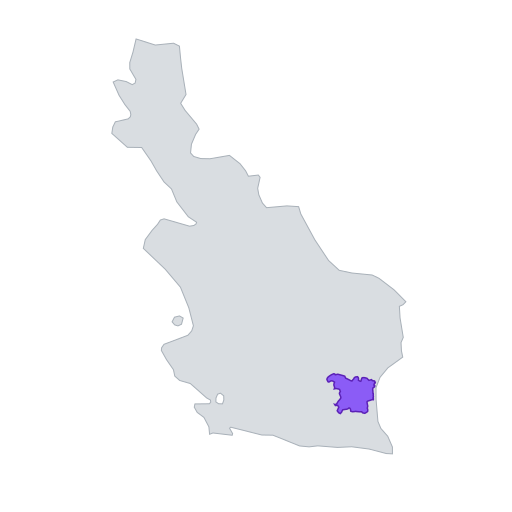 Akhuryan, Shirak, Armenia (highlighted), rotated 195°
{"feature_id": "60910142B23641849516282", "entity_name": "Akhuryan", "entity_type": "district", "adm_level": 2, "iso_a3": "ARM", "parent_name": "Armenia", "parent_adm1": "Shirak", "projection": "mercator", "projection_center": [43.836, 40.81], "detail": "fine", "context": "in_parent", "style": "filled", "palette": "violet", "viewbox_px": 512, "rotation_deg": 195, "n_neighbors": 0, "source": "geoboundaries", "source_scale": "gbopen_adm2", "svg_char_len": 4534}
<svg xmlns="http://www.w3.org/2000/svg" viewBox="0 0 512 512"><g transform="rotate(195 256 256)"><path d="M227.6,314.7L223.6,308.2L203.4,286.9L184.7,270.4L171.9,263.7L158.9,264.4L138.9,267.7L131.5,266.3L114.0,259.1L99.4,250.6L101.4,247.0L104.5,244.5L100.8,233.4L92.7,215.5L93.5,209.9L91.0,202.1L88.1,196.3L99.6,182.2L104.8,170.9L106.0,159.9L102.9,148.5L95.4,127.7L90.7,121.7L82.1,116.0L74.8,106.8L73.0,100.2L79.1,98.9L96.9,98.8L114.2,96.5L127.7,92.2L147.2,88.6L155.3,85.4L164.7,83.8L193.3,87.3L204.0,84.6L236.1,84.1L237.0,82.8L232.6,78.4L232.6,76.7L251.8,73.9L254.7,71.8L257.3,78.8L264.5,86.6L272.3,89.7L276.5,94.0L276.7,97.3L262.8,101.2L261.9,103.2L262.8,105.1L266.9,106.1L286.4,115.8L297.5,116.0L303.4,119.0L306.3,124.8L315.6,132.7L323.0,140.3L323.4,143.0L322.0,146.9L301.3,161.8L298.7,167.0L298.4,172.4L307.5,188.6L320.9,206.3L340.2,219.7L366.8,234.2L367.2,243.2L363.0,253.9L359.3,261.1L357.7,266.0L354.4,268.1L327.9,267.6L323.9,269.4L322.2,271.5L322.1,273.2L331.6,276.4L346.5,287.8L355.0,298.9L364.0,303.7L374.0,312.5L382.0,320.6L394.5,331.2L408.4,327.7L427.0,337.1L427.7,343.5L426.6,349.2L414.9,355.4L413.4,358.0L413.5,360.2L415.0,363.2L421.8,368.3L429.9,375.8L439.0,387.1L435.0,390.4L426.5,390.9L419.9,389.5L417.5,391.8L417.7,395.5L426.3,404.0L428.0,410.2L427.6,421.0L428.0,434.6L407.9,433.7L390.7,440.2L384.3,438.9L380.0,427.4L376.3,418.0L365.4,393.9L368.3,384.0L362.2,378.3L347.5,368.0L343.8,363.8L345.8,357.9L347.3,347.3L345.9,338.6L341.9,336.0L334.6,335.8L325.7,338.0L307.7,346.3L295.3,341.0L288.1,335.6L284.0,331.1L274.7,334.8L272.4,333.0L271.9,321.8L269.1,315.8L263.5,308.8L258.3,305.4L239.1,312.4L227.6,314.7ZM257.3,112.6L257.9,108.5L257.0,104.7L253.9,103.6L250.1,104.5L249.8,108.6L251.0,112.6L254.8,114.3L257.3,112.6ZM318.9,175.8L314.4,178.3L310.3,177.2L310.3,170.8L313.3,168.3L316.7,168.4L320.0,170.7L318.9,175.8Z" fill="#d9dde1" stroke="#a8b0b8" stroke-width="1"/><path d="M141.6,133.0L140.6,132.1L138.5,132.9L136.9,131.4L137.3,129.1L137.5,127.5L135.6,126.0L133.8,125.6L132.9,127.3L132.7,128.8L132.4,129.9L130.6,130.7L128.5,131.6L127.5,132.3L127.2,133.0L126.2,133.4L125.2,132.6L124.3,130.6L122.6,130.5L120.9,131.1L119.6,131.7L118.5,131.8L115.7,132.3L113.6,132.9L112.5,132.1L110.2,132.2L108.9,133.5L108.5,133.9L107.9,135.0L108.3,136.5L108.7,137.2L109.1,137.7L109.2,139.0L109.2,139.9L110.8,143.1L111.0,144.2L110.2,145.0L108.4,146.1L106.7,147.3L105.5,147.5L105.5,147.8L105.6,148.1L105.6,148.3L105.7,148.5L105.9,148.7L106.1,148.8L106.1,149.0L106.0,149.3L106.2,149.6L106.3,149.7L106.3,149.9L106.2,150.0L106.2,150.4L106.2,150.5L106.3,150.8L106.4,151.0L106.5,151.2L106.5,151.3L106.6,151.5L106.8,151.8L106.8,152.1L106.9,152.4L106.9,152.7L106.9,152.9L107.0,153.1L107.1,153.4L107.4,153.5L107.5,153.6L107.6,153.8L107.6,154.0L107.7,154.3L107.7,154.5L107.8,154.6L107.8,154.8L107.9,155.0L108.0,155.3L108.1,155.6L108.2,155.8L108.3,156.0L108.3,156.3L108.4,156.5L108.5,156.6L108.6,156.8L108.7,157.1L108.7,157.3L108.8,157.4L108.8,157.5L108.8,157.8L108.9,158.0L108.9,158.4L108.9,158.7L108.9,158.9L108.8,159.0L108.6,159.1L108.4,159.3L108.3,159.5L108.1,159.7L107.9,159.9L107.8,160.1L107.9,160.3L108.0,160.4L108.0,160.5L107.9,160.7L107.8,160.8L107.6,160.8L107.6,161.1L107.8,161.1L108.0,161.1L108.3,161.3L108.5,161.5L108.5,161.8L108.4,161.9L108.3,162.0L108.5,162.2L108.8,162.4L108.8,162.6L108.7,162.8L108.7,163.0L108.6,163.4L108.4,163.7L108.3,163.8L108.2,164.0L108.3,164.1L108.2,164.2L108.0,164.3L108.0,164.5L108.3,164.6L108.4,164.8L108.2,164.8L108.2,165.0L108.4,165.0L108.5,164.9L108.7,165.0L108.7,165.3L108.7,165.2L108.9,165.3L109.0,165.4L109.0,165.5L109.2,166.0L110.7,165.8L111.4,165.7L112.4,166.5L114.7,165.1L117.2,166.6L119.4,166.6L120.0,166.5L121.3,166.2L122.1,165.6L122.3,164.0L122.2,162.7L122.4,162.1L123.6,162.1L124.9,162.5L125.1,163.8L125.7,165.0L126.7,165.7L128.6,164.9L129.5,164.0L129.9,162.4L130.3,161.7L130.6,161.1L131.0,160.1L132.3,160.1L133.9,160.5L135.4,160.8L136.4,161.0L137.8,161.2L139.2,162.9L140.9,163.0L142.2,163.0L145.1,163.0L146.4,163.0L147.7,162.3L148.7,161.8L149.4,162.4L150.4,162.4L151.7,161.4L152.5,160.7L153.2,160.0L154.3,158.7L155.0,157.8L155.6,156.3L155.6,155.2L155.2,154.6L154.4,153.7L153.8,153.1L153.1,153.1L152.5,153.5L151.7,154.4L151.1,154.9L149.5,155.1L147.5,154.5L147.6,152.4L147.3,151.3L147.0,150.9L145.9,149.1L146.0,147.9L144.4,148.7L142.9,148.8L141.8,148.9L141.3,148.8L140.7,148.7L140.0,147.7L139.4,146.8L139.9,145.9L139.8,144.6L138.0,142.3L137.7,141.9L137.3,140.9L137.9,139.1L139.0,136.9L139.7,134.4L140.6,133.2L141.5,133.0L141.6,133.0Z" fill="#8b5cf6" stroke="#5b21b6" stroke-width="1.5"/></g></svg>